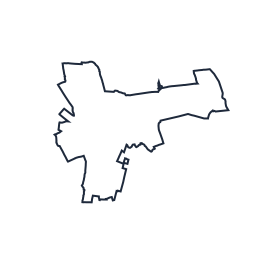 outline of Todireni, Botosani, Romania, rotated 23°
{"feature_id": "2599482B63116977359032", "entity_name": "Todireni", "entity_type": "district", "adm_level": 2, "iso_a3": "ROU", "parent_name": "Romania", "parent_adm1": "Botosani", "projection": "natural_earth1", "projection_center": [27.106, 47.62], "detail": "fine", "context": "isolated", "style": "outline", "palette": "slate", "viewbox_px": 256, "rotation_deg": 23, "n_neighbors": 0, "source": "geoboundaries", "source_scale": "gbopen_adm2", "svg_char_len": 5634}
<svg xmlns="http://www.w3.org/2000/svg" viewBox="0 0 256 256"><g transform="rotate(23 128 128)"><path d="M90.7,177.1L90.8,176.8L91.3,176.5L91.9,175.7L94.1,173.9L94.8,173.5L96.4,172.4L97.2,171.7L98.1,170.9L101.3,174.3L102.1,175.0L102.5,175.6L102.8,176.6L103.9,179.5L105.3,183.8L106.1,185.6L106.2,186.2L106.1,187.2L106.5,188.7L106.9,189.7L107.1,190.7L107.3,191.9L107.6,192.9L107.7,193.6L107.8,194.5L107.9,195.4L108.3,197.0L108.2,198.0L108.0,199.0L109.1,199.8L110.4,200.4L111.3,202.1L111.6,202.1L111.9,201.9L112.1,202.0L112.3,202.5L112.3,204.0L112.5,204.4L112.7,204.7L113.1,205.7L113.4,206.6L113.2,207.4L113.6,208.2L114.0,210.0L114.3,210.9L114.4,211.8L114.4,212.4L115.0,214.1L116.0,213.8L116.5,213.5L123.6,210.6L122.7,207.5L122.1,204.0L127.9,202.4L128.1,203.0L129.6,205.1L129.7,205.4L130.3,205.4L130.5,204.5L133.7,203.3L136.1,202.3L135.6,201.8L136.3,201.4L137.1,200.5L137.5,200.0L138.6,198.9L140.0,197.9L142.3,200.6L143.5,199.7L142.1,190.4L143.1,190.3L143.1,189.7L146.0,189.3L144.7,179.6L143.7,174.4L142.4,166.6L141.3,166.7L140.6,166.8L138.7,167.0L137.8,161.7L141.5,161.2L140.8,157.0L140.2,157.1L139.6,157.1L139.1,157.1L138.9,157.0L138.3,156.9L138.2,157.0L137.6,157.1L137.2,157.1L137.3,157.5L137.3,157.8L137.3,158.8L137.5,161.2L137.6,161.6L137.6,162.7L130.9,162.8L131.0,159.6L131.0,157.2L131.1,155.4L131.1,151.2L133.8,151.9L133.2,143.9L133.8,144.0L134.2,144.2L134.5,144.5L134.8,144.9L135.3,145.3L135.8,145.6L136.8,145.6L137.2,145.6L137.7,145.4L138.7,143.7L138.7,142.7L138.9,141.5L139.1,141.4L140.2,140.6L140.5,140.5L141.0,141.2L141.1,141.3L141.9,141.7L142.6,142.2L142.8,142.3L143.2,142.3L143.3,142.3L143.5,142.0L143.8,141.4L144.4,140.7L144.5,140.4L144.5,140.0L144.6,139.6L145.0,139.1L145.8,138.6L146.0,138.4L146.0,138.1L145.4,137.3L145.4,137.2L145.5,137.1L146.4,136.6L146.6,136.6L146.8,136.6L147.0,136.6L147.5,137.0L148.1,137.0L148.6,136.9L149.3,137.0L149.8,137.2L150.4,137.9L151.6,138.1L154.5,139.9L156.3,140.3L158.2,140.7L158.6,140.7L158.9,140.4L159.0,140.2L159.1,139.9L159.1,139.3L159.1,138.6L159.2,138.3L159.4,138.0L160.2,137.3L160.7,136.6L159.1,135.3L161.1,133.3L161.6,133.0L163.3,131.2L164.0,130.7L166.6,128.3L163.9,125.0L159.7,120.4L157.6,118.2L156.9,117.3L155.2,114.1L154.5,111.8L154.8,110.6L155.4,110.0L155.1,108.5L170.2,97.5L177.7,91.7L178.1,91.6L181.5,91.3L184.1,90.8L194.3,89.5L197.9,88.0L197.8,87.8L197.4,84.2L197.4,83.5L197.6,82.4L197.9,81.2L199.0,79.2L199.1,79.4L199.7,79.4L200.2,79.2L200.7,78.6L201.2,78.5L202.2,78.6L213.4,72.4L210.2,70.0L209.6,69.4L208.0,66.9L207.4,65.4L206.7,64.5L206.4,64.1L206.1,63.9L205.7,63.7L203.9,63.5L203.5,63.4L203.2,63.3L203.0,63.1L202.7,62.7L202.5,62.3L201.9,59.8L201.6,59.0L201.3,58.5L193.5,49.7L186.2,44.6L185.8,44.4L184.2,43.7L181.9,42.6L180.3,41.9L177.0,43.8L174.5,45.0L173.6,45.6L170.6,47.2L169.5,47.9L166.6,49.5L166.2,49.8L166.9,51.1L167.6,52.2L168.6,53.0L169.2,53.6L169.4,53.9L170.4,54.9L170.8,55.5L171.3,56.0L171.6,56.7L172.0,57.3L173.8,59.3L174.1,59.6L174.7,59.9L172.7,61.0L172.5,60.9L163.7,66.1L162.6,66.6L160.5,67.8L153.0,71.9L152.5,72.1L151.3,72.8L150.1,73.5L148.6,74.5L147.9,75.1L146.7,75.9L146.1,76.3L144.9,77.2L142.8,78.4L142.7,78.5L142.7,78.4L142.6,78.2L143.1,77.0L143.2,76.8L142.7,76.3L142.3,76.4L141.3,76.5L141.1,76.5L140.8,76.3L140.2,75.8L140.0,75.4L139.9,75.3L139.4,74.9L139.1,74.5L138.9,74.3L138.7,73.9L138.3,73.4L138.4,74.2L138.3,74.6L138.4,75.1L139.1,76.1L139.4,77.0L139.7,77.3L139.9,77.7L140.2,77.6L140.5,78.1L140.3,78.2L140.6,78.8L140.6,79.0L140.4,79.9L142.5,79.9L142.4,80.1L142.0,81.2L141.7,81.8L141.7,82.2L141.7,83.0L140.6,83.4L138.9,84.1L136.5,85.3L135.4,85.8L135.2,86.0L133.9,86.7L125.4,91.9L124.1,92.7L122.2,93.8L117.5,96.8L117.3,97.0L115.4,97.7L115.1,97.7L114.9,97.8L113.9,98.5L113.1,98.7L111.5,97.5L109.9,98.0L107.7,98.0L106.5,98.3L105.6,98.4L105.2,98.4L104.4,98.1L103.9,98.0L103.3,98.1L102.3,98.4L101.5,98.6L101.4,98.7L101.2,99.2L100.8,100.0L100.8,100.3L92.4,103.2L90.8,101.1L88.0,97.5L87.9,97.2L86.7,95.9L86.0,94.9L85.3,94.0L84.5,93.2L83.8,92.3L82.9,91.4L82.7,91.1L82.3,90.9L81.2,89.5L80.8,88.8L80.3,87.8L80.0,87.2L79.2,86.8L79.0,85.8L77.6,84.7L77.1,84.1L76.6,83.8L76.4,83.5L74.5,82.7L73.6,82.5L73.1,82.2L72.6,81.7L71.4,81.4L71.2,81.2L69.8,81.1L69.1,81.1L67.9,81.5L67.6,81.7L66.6,82.2L66.0,83.0L65.1,83.5L64.4,83.9L63.4,84.5L62.9,84.7L62.7,84.7L60.9,85.4L59.7,85.7L59.7,85.9L59.8,86.2L60.5,87.3L53.7,89.8L48.8,91.4L48.2,91.5L46.9,92.0L46.4,92.4L45.6,92.6L44.9,93.0L44.1,93.2L43.7,93.4L43.2,93.9L42.6,94.2L42.9,94.6L43.3,95.4L44.2,96.9L45.2,98.7L46.1,99.9L48.1,103.1L48.5,103.7L49.9,105.1L49.6,105.6L49.9,105.9L50.6,106.9L50.6,107.4L50.9,108.0L51.0,108.1L51.6,108.4L51.9,108.8L52.0,109.0L52.1,109.9L49.9,111.7L48.4,113.3L47.8,114.1L46.6,115.5L47.2,116.0L53.1,120.1L53.6,120.5L58.1,123.6L64.6,127.9L66.4,128.9L67.2,129.4L68.9,130.5L69.5,131.6L69.5,132.2L69.6,132.3L69.8,132.5L70.2,133.7L70.4,133.8L70.5,134.0L70.8,134.6L71.7,135.3L71.8,135.5L72.1,135.6L73.1,137.1L73.3,137.4L73.4,137.8L72.9,138.0L71.5,137.8L61.7,135.2L61.2,136.5L60.8,137.8L59.4,142.0L59.5,142.2L64.9,143.8L68.9,144.9L70.4,145.3L69.4,145.6L68.3,146.1L67.9,146.5L66.9,147.5L65.3,148.8L64.6,149.1L63.7,149.4L63.0,149.5L62.8,149.6L62.9,150.5L63.8,153.6L64.0,154.1L64.7,156.8L65.2,156.9L65.9,156.9L67.7,157.1L67.1,158.2L66.7,159.0L65.0,160.6L64.8,161.0L64.7,161.4L63.8,162.0L63.2,162.5L63.0,162.8L63.3,162.9L63.9,162.9L64.0,162.8L64.3,163.0L64.5,163.5L65.4,164.3L66.3,166.0L66.6,166.7L67.0,167.3L67.0,167.6L67.3,168.1L67.4,168.6L67.6,168.8L67.8,169.0L67.8,169.5L68.9,170.4L69.2,170.8L70.3,171.6L70.9,171.7L72.2,171.3L72.9,171.9L73.6,172.4L74.3,173.0L77.0,175.1L79.9,177.6L82.1,179.3L83.6,180.6L84.9,181.7L85.7,182.3L85.9,182.4L90.7,177.1Z" fill="none" stroke="#1e293b" stroke-width="2"/></g></svg>